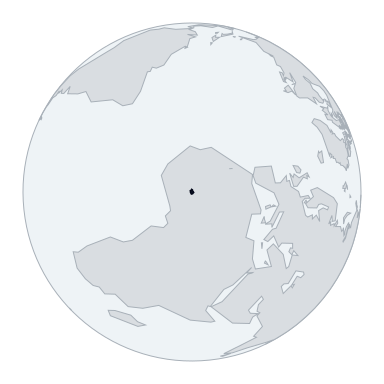 Soum highlighted on a globe, orthographic projection, rotated 84°
{"feature_id": "BFA-2806", "entity_name": "Soum", "entity_type": "Province", "adm_level": 1, "iso_a3": "BFA", "parent_name": "Burkina Faso", "parent_adm1": "", "projection": "orthographic", "projection_center": [-1.266, 14.274], "detail": "fine", "context": "on_globe", "style": "filled", "palette": "ink", "viewbox_px": 384, "rotation_deg": 84, "n_neighbors": 0, "source": "natural_earth", "source_scale": "10m", "svg_char_len": 9192}
<svg xmlns="http://www.w3.org/2000/svg" viewBox="0 0 384 384"><g transform="rotate(84 192 192)"><circle cx="192" cy="192" r="169" fill="#eef3f6" stroke="#a8b0b8"/><path d="M148.4,28.8L146.8,29.3L130.1,36.0L133.2,35.1L128.8,37.8L130.7,37.9L127.0,39.6L131.7,38.3L134.7,36.8L137.8,35.8L139.2,35.9L134.7,37.9L133.4,38.1L132.8,38.8L130.0,39.9L132.2,39.4L126.7,42.2L134.2,39.7L131.5,42.1L127.3,43.9L125.1,43.4L109.9,47.9L105.0,50.4L100.2,54.1L96.6,61.3L92.3,64.7L88.2,69.5L91.8,67.5L96.2,63.2L101.9,61.2L106.6,56.7L109.6,55.4L115.6,51.4L117.4,52.6L116.0,56.1L111.2,59.7L110.5,61.6L117.3,59.0L110.5,67.1L109.7,75.2L107.7,77.6L99.6,79.9L93.9,77.4L83.5,82.4L93.0,80.0L87.7,86.7L88.0,88.4L89.9,88.8L93.0,86.8L91.7,89.5L81.8,92.4L82.8,89.9L85.9,88.9L83.2,88.0L76.5,90.9L74.4,94.5L66.5,96.6L64.9,99.4L62.2,101.7L65.4,96.9L59.6,105.9L50.0,112.7L41.9,129.4L46.9,115.0L46.8,112.2L46.0,110.8L44.5,113.4L45.4,109.2L42.8,112.8L38.5,121.4L44.1,110.4L50.4,99.8L57.6,89.7L65.4,80.1L73.9,71.1L83.1,62.8L92.8,55.2L103.1,48.3L113.9,42.2L125.0,36.9L136.6,32.4L148.4,28.8ZM34.1,131.8L32.6,136.0L32.1,138.9L34.3,134.0L35.3,134.7L29.6,148.8L30.5,154.4L27.6,165.8L27.2,172.9L28.9,173.0L30.2,177.7L32.9,172.0L36.5,170.3L34.8,180.0L38.1,172.3L39.2,178.1L47.3,181.6L46.3,183.5L52.9,198.2L62.8,206.7L65.1,214.5L63.7,218.5L67.7,220.9L67.8,223.8L86.5,232.7L98.0,242.0L99.0,251.8L92.0,261.2L91.9,282.9L81.0,287.0L82.5,295.2L81.3,305.4L74.2,302.1L80.6,309.2L80.2,311.7L76.8,310.4L80.0,314.5L77.6,313.4L81.9,317.1L83.9,320.7L90.0,325.8L92.9,328.7L97.1,331.6L96.1,331.0L96.5,331.4L98.2,332.5L83.3,321.3L81.8,320.0L80.3,318.8L73.7,312.2L74.2,313.0L63.7,301.0L57.8,291.7L43.6,261.5L40.3,254.3L34.3,244.0L26.6,216.7L26.6,207.9L25.8,202.5L28.5,191.2L29.2,177.6L28.6,174.9L27.1,178.9L26.4,167.8L27.9,157.0L30.0,144.1L34.1,131.8ZM39.3,134.8L40.5,146.7L37.5,145.5L38.5,144.5L38.7,140.1L38.2,135.3L36.2,135.2L39.3,134.8ZM45.0,127.4L44.6,126.1L45.4,126.7L45.0,127.4ZM114.2,51.1L114.8,51.3L113.4,51.9L114.2,51.1ZM116.1,49.3L113.9,50.0L114.5,49.3L115.8,48.9L116.1,49.3ZM118.6,48.7L115.8,47.9L116.9,46.7L122.9,44.3L118.6,48.7ZM135.0,36.3L131.9,37.9L133.2,36.6L135.0,36.3ZM135.1,35.7L134.7,33.9L140.0,31.9L139.1,32.7L144.9,30.5L147.7,30.3L145.1,31.5L141.1,32.8L145.2,31.9L135.1,35.7ZM139.1,35.3L138.5,35.0L143.1,33.2L145.0,33.5L142.9,34.0L139.1,35.3ZM145.0,30.1L148.8,29.0L152.0,28.5L153.9,28.1L148.2,30.2L145.0,30.1ZM142.6,34.4L145.9,33.9L145.0,34.9L139.9,35.6L142.6,34.4ZM143.4,32.6L145.7,31.8L145.1,32.3L143.4,32.6ZM143.8,38.7L143.0,38.0L145.3,37.0L143.8,38.7ZM147.2,33.6L147.5,33.3L148.3,32.8L150.2,32.7L147.2,33.6ZM150.9,29.8L151.5,30.0L153.4,28.9L156.0,28.8L151.6,30.3L154.6,29.6L155.4,29.6L151.0,30.9L150.9,29.8ZM154.6,31.5L150.0,33.8L151.0,35.1L148.9,36.0L147.8,33.7L154.6,31.5ZM152.9,31.0L153.5,31.4L150.7,32.1L148.5,32.3L152.9,31.0ZM159.2,28.3L156.4,28.1L157.5,27.8L159.2,28.3ZM155.5,31.7L156.5,31.1L155.9,31.7L155.5,31.7ZM158.7,29.1L157.6,29.0L158.8,28.6L158.7,29.1ZM159.7,30.3L158.2,31.0L156.6,31.0L159.7,30.3ZM159.7,29.6L161.6,29.2L157.0,30.6L159.0,29.6L159.7,29.6ZM160.0,28.8L160.4,28.6L160.3,28.9L160.0,28.8ZM166.3,30.0L160.9,31.8L157.5,31.8L163.2,30.0L166.3,30.0ZM98.8,332.9L97.4,331.9L104.4,336.3L104.2,336.4L101.3,334.6L98.8,332.9ZM101.7,333.7L102.7,333.6L104.4,334.5L104.1,334.9L101.7,333.7ZM225.2,26.3L224.5,26.2L222.9,25.9L221.1,25.6L225.2,26.3ZM351.1,135.0L347.6,126.8L349.1,133.2L352.7,153.0L356.2,168.9L356.1,177.3L348.7,157.4L343.2,143.1L341.9,145.8L333.1,136.0L322.0,140.4L319.2,137.1L317.4,139.8L311.0,137.7L306.2,132.2L302.9,133.7L315.4,148.2L318.7,146.7L319.8,139.2L322.8,144.8L328.8,148.5L326.6,165.4L308.1,185.0L304.2,173.5L279.4,144.8L279.0,141.0L278.8,140.6L278.4,139.9L278.2,146.2L273.3,140.6L288.7,161.0L292.2,170.5L307.8,185.8L306.9,188.0L311.3,190.8L322.9,182.8L323.4,186.8L319.2,207.2L301.3,236.9L302.5,253.1L299.3,267.5L285.6,279.1L284.2,289.4L276.8,294.2L274.6,300.1L267.2,307.1L255.7,314.2L239.0,316.4L240.0,311.4L234.7,302.1L228.2,277.9L234.5,265.5L233.8,256.3L221.5,236.2L224.4,224.0L220.6,219.3L213.0,221.0L208.4,215.3L203.6,215.5L172.3,220.8L161.6,213.1L146.0,189.0L150.8,179.4L149.6,168.2L180.9,130.0L189.8,131.7L217.1,125.2L220.9,126.2L220.3,134.9L242.8,143.2L247.0,135.5L264.9,138.9L275.2,137.0L274.4,120.8L257.5,123.5L252.1,116.5L263.6,107.8L278.0,106.3L276.3,103.6L265.1,98.9L266.3,93.3L261.0,96.9L264.8,99.3L261.5,101.9L257.9,99.9L258.5,97.8L253.6,97.3L252.2,108.1L255.8,111.6L244.2,115.3L249.2,121.8L246.8,125.5L237.5,115.9L236.8,112.1L221.3,102.9L221.1,107.1L235.6,116.3L232.0,115.9L231.7,122.6L229.1,117.2L213.3,106.8L201.4,110.5L189.9,127.6L182.2,129.5L174.0,126.8L174.5,110.4L191.7,108.2L192.1,103.1L185.5,96.5L191.3,96.6L190.7,93.9L196.9,93.0L202.6,86.0L208.4,84.8L207.6,76.8L210.5,75.3L210.1,80.3L213.0,83.4L227.1,81.5L229.0,79.5L227.3,74.7L231.4,75.1L228.0,70.8L234.7,68.1L223.7,68.0L221.5,63.2L223.9,59.1L221.2,57.7L217.3,64.5L217.6,67.3L220.9,69.6L219.8,78.3L215.6,80.2L209.3,71.7L202.6,73.8L200.7,66.9L212.4,51.8L218.8,48.7L235.6,52.6L235.9,55.5L229.9,55.3L238.1,59.4L236.2,57.1L239.6,57.7L238.3,54.0L240.6,54.2L235.4,50.4L238.2,50.3L241.4,52.8L241.9,47.9L246.8,47.3L245.8,46.1L243.3,45.1L251.2,45.5L250.1,44.6L247.1,44.1L242.9,42.2L238.7,39.3L241.6,39.6L243.5,40.7L252.0,43.7L256.7,47.1L257.5,46.9L254.1,44.2L243.8,40.3L240.4,38.5L245.3,39.9L243.3,39.3L242.5,38.5L244.5,38.1L239.1,36.6L226.7,29.6L229.3,28.9L235.1,30.5L229.5,27.7L233.0,28.1L230.2,27.5L226.5,26.6L238.4,29.5L250.2,33.4L261.6,38.0L272.6,43.5L283.2,49.8L293.3,56.8L302.9,64.5L311.9,73.0L320.3,82.0L327.9,91.7L334.9,101.8L341.1,112.5L346.5,123.6L351.1,135.0ZM172.9,149.2L172.7,152.6L172.9,149.2ZM295.3,113.1L302.5,111.9L295.6,103.3L297.8,102.3L294.6,99.9L295.1,102.7L286.8,96.2L288.6,92.8L285.8,89.2L283.3,89.4L281.3,96.9L293.1,105.9L293.0,110.2L295.3,113.1ZM47.7,181.6L48.4,184.0L47.0,183.4L47.7,181.6ZM35.9,149.1L36.7,150.1L36.7,152.0L35.9,151.9L35.9,149.1ZM45.8,156.2L47.4,157.9L45.3,157.7L45.8,156.2ZM41.0,148.4L44.5,155.1L40.5,156.0L38.5,151.9L40.6,152.4L41.0,148.4ZM42.2,132.3L42.5,133.5L41.6,135.1L42.2,132.3ZM45.6,127.9L45.3,127.8L45.7,126.2L45.6,127.9ZM88.3,86.5L89.0,86.4L90.4,87.4L88.7,88.0L88.3,86.5ZM103.2,86.1L100.9,90.6L101.3,87.7L98.4,89.2L95.8,85.2L106.5,78.6L102.1,82.1L103.2,86.1ZM95.2,78.8L95.7,81.6L94.8,78.9L95.2,78.8ZM181.4,81.3L184.5,82.7L183.6,85.9L176.2,88.7L177.4,84.0L181.4,81.3ZM189.1,84.0L184.9,75.5L189.3,73.9L187.6,76.1L190.9,75.9L188.9,79.6L197.3,86.9L197.0,90.3L183.5,92.9L188.1,89.9L184.7,88.6L189.1,84.0ZM166.4,61.2L164.7,58.7L176.5,58.1L176.8,60.6L169.5,63.2L164.8,61.9L166.4,61.2ZM129.7,45.2L128.3,45.2L129.5,44.5L131.7,44.0L129.7,45.2ZM143.3,38.5L137.3,45.0L135.3,45.2L134.2,49.5L128.6,51.7L129.5,48.7L124.3,53.9L122.9,52.2L120.0,55.8L122.7,49.0L121.2,48.1L125.0,48.2L130.2,46.1L132.0,44.9L136.0,41.0L135.4,38.4L140.5,36.3L144.2,35.6L145.1,35.9L141.5,37.0L145.3,36.6L140.8,38.6L143.3,38.5ZM184.8,34.5L180.3,34.6L187.1,36.3L182.7,37.4L183.8,37.5L181.6,39.1L180.7,41.4L178.4,41.7L179.1,42.5L177.6,43.8L177.8,45.1L173.6,46.2L173.4,48.0L171.5,47.6L172.4,50.4L169.9,48.9L167.8,50.7L171.3,51.2L148.3,56.6L140.6,60.8L135.5,65.5L131.8,62.8L134.2,57.1L139.9,50.8L147.8,47.5L144.7,47.2L147.6,45.6L148.9,46.5L148.7,44.2L151.4,43.2L156.4,39.1L154.5,37.0L156.3,35.6L158.4,36.0L158.7,34.5L163.9,34.4L165.4,33.5L171.9,32.8L175.2,34.4L176.5,33.4L181.6,33.1L184.8,34.5ZM168.2,29.9L173.1,30.9L173.1,32.2L161.7,33.0L159.7,33.8L152.3,34.8L152.5,33.1L154.6,32.9L156.6,32.4L155.8,33.1L158.0,32.1L160.9,31.9L163.5,31.2L164.4,31.6L168.2,29.9ZM223.8,122.7L226.5,122.8L230.3,122.0L230.2,126.4L223.8,122.7ZM212.9,115.7L215.1,114.9L216.8,120.3L214.1,120.4L212.9,115.7ZM214.8,110.2L215.1,114.5L213.3,112.3L214.8,110.2ZM212.0,79.5L214.2,78.6L215.0,79.7L214.5,81.6L212.0,79.5ZM204.2,41.6L201.6,41.0L201.9,40.5L198.2,38.2L201.1,37.6L204.5,38.6L204.2,41.6ZM272.4,123.9L270.3,127.4L268.3,126.3L269.5,125.3L272.4,123.9ZM249.9,127.1L255.8,128.4L249.8,128.3L249.9,127.1ZM206.8,40.5L204.9,39.5L207.6,39.8L206.8,40.5ZM203.1,37.0L206.0,37.0L201.1,37.2L203.1,37.0ZM297.1,324.2L295.6,325.4L294.5,326.2L297.1,324.2ZM320.0,259.9L306.5,286.1L300.9,287.7L301.8,281.0L308.1,265.7L315.3,259.7L319.4,252.1L320.0,259.9ZM356.6,170.2L358.6,178.6L358.2,181.0L356.6,170.2ZM229.6,36.4L231.5,40.0L234.8,42.9L239.7,44.6L233.5,44.0L228.4,39.6L229.6,36.4ZM226.7,30.3L222.4,29.3L223.7,29.1L224.9,29.3L226.7,30.3ZM224.5,30.1L220.3,30.3L217.5,29.4L221.4,29.4L224.5,30.1ZM213.7,34.5L214.1,35.5L211.9,35.2L213.7,34.5ZM222.3,25.8L220.1,25.4L222.3,25.8ZM213.7,24.5L215.3,24.7L212.4,24.3L213.7,24.5ZM219.0,25.5L215.3,24.8L220.6,25.7L219.0,25.5Z" fill="#d9dde1" stroke="#a8b0b8" stroke-width="1"/><path d="M190.4,191.4L190.6,191.4L190.8,191.3L191.8,190.7L192.4,190.5L192.5,190.5L192.6,190.4L192.7,190.5L192.9,190.6L193.0,190.8L193.3,191.1L193.4,191.3L193.6,191.6L193.7,191.8L193.8,191.8L193.8,192.2L193.9,192.3L194.0,192.4L194.0,192.5L194.0,192.8L193.9,192.9L193.7,192.9L193.6,193.0L193.2,193.2L192.8,193.3L192.6,193.4L192.3,193.5L192.2,193.5L191.9,193.6L191.7,193.5L191.4,193.4L191.3,193.2L191.2,193.1L190.9,193.2L190.8,193.3L190.6,193.6L190.4,193.4L190.3,193.1L190.3,192.9L190.1,192.7L189.9,192.5L189.7,192.3L189.8,192.3L189.8,192.2L189.9,191.5L189.9,191.4L190.0,191.4L190.4,191.4Z" fill="#0f172a" stroke="#020617" stroke-width="1.5"/></g></svg>